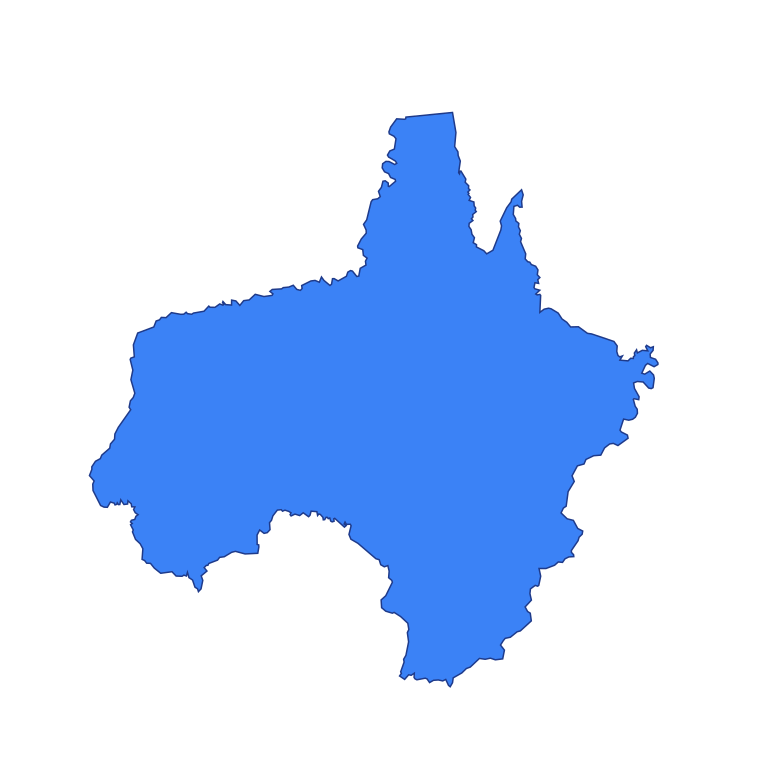 outline of Lérida, Tolima, Colombia, rotated 285°
{"feature_id": "7082276B47821274124979", "entity_name": "Lérida", "entity_type": "district", "adm_level": 2, "iso_a3": "COL", "parent_name": "Colombia", "parent_adm1": "Tolima", "projection": "orthographic", "projection_center": [-74.913, 4.869], "detail": "fine", "context": "isolated", "style": "filled", "palette": "blue", "viewbox_px": 768, "rotation_deg": 285, "n_neighbors": 0, "source": "geoboundaries", "source_scale": "gbopen_adm2", "svg_char_len": 6171}
<svg xmlns="http://www.w3.org/2000/svg" viewBox="0 0 768 768"><g transform="rotate(285 384 384)"><path d="M489.7,634.5L488.0,632.1L489.3,627.6L487.8,627.1L484.3,630.2L483.4,624.8L479.6,620.7L482.4,619.1L478.7,617.8L476.3,618.9L475.0,617.9L473.2,618.2L472.7,615.6L469.5,613.7L468.1,605.7L472.8,607.0L471.2,604.7L472.1,602.6L475.7,600.4L481.1,599.4L484.6,595.1L486.1,571.6L485.6,567.4L489.6,557.0L487.4,549.5L490.9,544.6L492.9,539.1L497.6,533.9L499.9,525.9L499.8,523.3L497.7,519.3L493.5,516.0L510.1,512.4L510.9,511.3L509.7,508.9L510.2,507.3L514.9,510.2L515.0,505.1L516.0,503.9L520.9,503.6L521.2,507.3L524.6,505.5L527.2,507.0L529.2,503.8L534.0,503.2L537.0,500.0L537.5,495.4L539.4,493.3L539.3,491.2L541.4,488.0L546.4,487.2L556.8,479.1L560.2,479.1L563.7,475.9L567.4,476.0L570.6,473.2L574.0,472.7L575.7,469.1L577.9,468.3L581.2,465.0L589.2,463.5L591.2,466.7L589.9,469.3L590.6,471.6L596.1,469.6L602.7,469.5L607.2,466.6L595.6,459.5L592.9,459.6L586.0,456.9L571.4,454.1L567.2,456.6L563.0,457.0L541.4,454.6L536.3,449.5L538.6,445.9L540.3,437.8L542.5,437.3L543.6,433.6L548.7,433.5L551.4,430.2L555.6,428.2L558.2,425.2L561.3,424.7L564.9,427.6L566.2,425.7L568.3,426.7L570.7,425.8L574.4,428.5L575.5,427.1L577.7,427.0L579.4,425.0L583.1,423.7L583.4,418.7L586.6,419.3L588.9,416.2L590.1,416.7L591.1,415.3L593.7,416.8L594.7,415.0L597.4,414.5L599.9,410.2L603.1,410.0L609.6,403.2L609.3,402.4L606.5,402.5L607.4,401.4L619.1,400.0L623.9,396.5L627.4,395.3L631.6,390.8L645.5,388.4L664.0,379.9L647.5,336.1L645.8,336.3L645.0,335.3L643.4,327.6L633.9,323.9L628.8,323.5L627.0,324.4L625.9,329.5L624.0,332.1L613.6,333.2L610.6,329.3L606.0,328.1L604.4,329.7L602.3,337.3L600.5,339.2L598.8,337.6L600.2,331.3L599.5,328.2L596.4,325.7L592.3,326.3L589.1,329.6L588.4,334.0L585.2,336.9L584.5,341.9L582.8,342.7L576.0,337.9L576.1,337.0L579.2,336.1L580.6,332.6L579.6,330.5L573.3,330.6L568.7,328.8L564.0,331.9L561.3,330.0L559.1,325.3L556.7,324.4L538.1,324.8L532.9,322.9L528.1,326.9L525.1,327.8L518.1,324.5L510.4,322.8L508.8,323.5L508.3,328.7L502.9,330.8L501.2,335.1L497.8,334.3L494.2,335.8L489.6,331.1L481.7,331.7L480.8,329.9L484.9,324.3L484.9,322.3L482.7,320.1L478.3,319.8L471.7,313.0L472.9,308.5L472.4,307.0L466.8,307.5L465.2,306.3L468.5,299.2L471.2,295.9L465.6,295.2L466.2,290.6L464.6,286.7L457.8,279.0L455.0,280.2L452.8,279.0L452.8,275.3L455.9,270.8L453.0,267.0L451.0,261.7L449.4,260.5L446.4,251.6L443.9,249.8L442.3,253.4L440.6,252.9L437.4,245.4L437.3,236.4L430.3,232.0L428.2,226.9L422.6,224.4L425.9,219.4L425.6,215.1L420.8,216.3L419.7,210.6L422.0,207.1L420.8,207.0L419.4,208.6L418.5,208.0L418.8,204.6L414.3,200.9L413.1,196.0L413.9,194.6L407.7,191.3L403.2,181.6L401.6,180.2L401.1,176.0L402.1,174.3L399.6,172.5L398.7,169.7L397.9,160.2L391.7,156.3L390.7,151.7L387.9,150.6L385.9,147.6L379.5,146.9L369.5,132.9L356.9,131.8L345.6,135.8L343.4,132.7L342.0,132.5L332.4,137.8L322.7,138.4L310.6,145.7L306.1,145.3L302.1,143.4L295.6,143.8L293.6,146.0L273.5,138.6L266.1,137.0L260.9,138.0L255.3,135.3L251.0,135.7L242.3,129.8L238.5,129.3L234.7,125.3L228.4,123.2L226.0,123.9L219.3,123.2L215.3,129.1L211.9,128.6L205.8,130.5L193.3,141.7L192.6,145.4L193.3,148.7L199.2,150.3L199.1,154.2L197.6,155.5L198.6,157.0L200.2,157.1L198.8,158.7L199.2,160.0L204.0,159.7L200.3,164.0L201.7,167.4L204.9,166.9L202.9,170.8L200.1,172.1L200.8,175.2L197.9,174.6L195.3,177.0L194.1,180.3L192.0,178.6L188.7,178.3L187.0,175.3L185.2,174.8L184.1,176.9L182.5,175.6L178.1,179.6L176.1,179.3L169.6,184.2L166.6,189.8L162.5,193.7L152.0,195.7L151.5,198.5L149.5,201.1L150.3,204.9L146.7,209.8L143.4,217.3L147.8,227.8L144.7,232.9L146.0,238.7L147.6,240.2L147.4,242.8L151.2,242.9L146.5,245.7L145.1,249.8L138.8,254.0L137.9,256.9L135.4,258.5L138.7,260.3L147.4,259.8L151.4,257.1L157.5,261.4L160.1,257.8L162.8,259.3L163.3,260.8L165.3,261.2L170.8,268.8L174.0,270.1L175.8,274.4L182.0,280.4L183.9,283.8L183.9,293.8L187.8,305.9L194.2,305.3L196.2,304.6L196.2,303.0L205.2,300.5L210.8,301.7L208.7,306.8L210.2,309.7L213.8,311.6L220.4,309.3L223.2,310.6L227.9,310.8L234.6,313.6L236.0,317.3L234.9,318.9L236.5,321.0L236.3,325.0L235.5,327.5L233.5,327.1L232.5,328.4L235.3,331.7L235.1,336.6L238.7,339.3L236.3,345.5L238.0,346.5L242.3,346.5L243.3,352.2L239.8,353.9L241.6,354.7L241.5,356.3L239.4,359.5L237.1,360.5L237.6,361.8L240.3,362.6L240.5,363.8L239.5,365.0L240.5,366.3L237.8,368.0L237.4,369.6L238.5,371.3L240.8,370.4L241.5,371.2L235.5,382.8L237.4,384.1L238.4,381.7L240.6,382.1L238.7,384.0L239.8,387.7L238.6,388.9L229.6,389.1L225.5,392.2L223.4,400.0L213.1,421.5L213.1,424.8L208.6,427.6L207.5,431.6L209.6,434.7L204.6,437.4L198.1,438.6L196.3,442.4L194.6,443.4L179.9,440.5L174.7,437.1L167.3,439.6L165.0,444.5L164.8,451.4L166.0,452.9L163.7,460.2L159.1,468.9L153.3,471.5L149.9,470.9L141.3,474.5L127.6,475.4L123.2,474.2L120.6,475.4L110.3,474.6L109.0,475.7L106.0,474.6L104.0,480.4L109.5,483.1L109.7,485.7L112.5,488.1L108.3,489.0L107.2,490.3L106.8,492.3L110.5,500.0L110.3,501.9L107.4,505.3L110.6,508.5L112.2,513.1L112.4,517.6L114.6,520.1L109.6,524.3L108.7,526.3L113.2,527.5L118.1,526.9L125.1,534.0L130.5,537.2L132.9,540.6L143.6,547.2L144.3,553.0L146.7,557.7L146.4,562.9L149.2,569.8L158.1,569.2L162.0,564.1L167.1,565.7L169.7,566.9L172.1,571.6L179.1,576.7L180.8,579.6L193.3,587.6L200.5,584.6L201.4,581.6L205.2,578.0L213.4,582.3L219.3,579.2L224.0,578.5L228.6,582.2L228.5,584.8L229.6,585.6L238.9,585.1L245.9,581.5L247.7,588.2L253.1,595.7L257.2,598.4L257.9,602.6L262.0,604.1L264.8,607.3L266.4,612.0L268.2,611.3L269.9,608.6L271.7,608.1L282.8,612.0L286.5,612.1L290.2,614.3L293.4,614.0L294.6,608.5L301.3,602.2L301.2,595.8L305.3,588.4L310.6,589.4L313.1,591.6L327.7,589.7L339.1,593.0L344.0,589.4L355.0,592.0L358.5,597.9L363.4,598.6L369.0,605.1L371.4,611.8L379.4,613.6L384.5,617.5L386.0,620.9L385.1,625.9L394.8,633.8L397.7,632.3L399.1,625.6L400.5,623.9L412.1,624.5L412.4,629.8L414.3,633.3L417.0,635.4L421.3,636.4L425.2,635.1L427.5,632.4L433.7,628.8L434.5,629.3L434.8,634.1L437.7,633.7L444.5,627.1L449.6,624.8L452.0,628.0L453.0,633.8L448.6,640.7L448.7,643.3L450.1,644.8L459.4,643.6L462.5,642.0L465.3,637.4L461.0,633.3L461.2,630.2L469.7,631.7L472.1,633.4L470.6,640.4L473.7,643.5L475.2,643.2L478.2,639.9L478.6,634.5L481.8,633.3L486.1,635.2L489.7,634.5Z" fill="#3b82f6" stroke="#1e3a8a" stroke-width="1.5"/></g></svg>